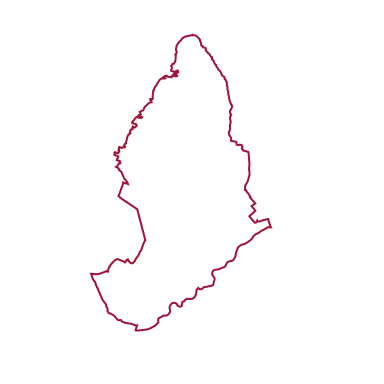 Turcinesti, Gorj, Romania (orthographic projection), rotated 19°
{"feature_id": "2599482B27563461081915", "entity_name": "Turcinesti", "entity_type": "district", "adm_level": 2, "iso_a3": "ROU", "parent_name": "Romania", "parent_adm1": "Gorj", "projection": "orthographic", "projection_center": [23.294, 45.122], "detail": "fine", "context": "isolated", "style": "outline", "palette": "rose", "viewbox_px": 384, "rotation_deg": 19, "n_neighbors": 0, "source": "geoboundaries", "source_scale": "gbopen_adm2", "svg_char_len": 6016}
<svg xmlns="http://www.w3.org/2000/svg" viewBox="0 0 384 384"><g transform="rotate(19 192 192)"><path d="M242.2,273.4L241.9,268.3L241.7,266.9L241.2,265.9L237.8,263.4L237.5,262.0L237.5,261.0L237.5,260.2L237.9,259.2L238.9,258.2L240.8,257.3L242.5,256.2L247.3,252.1L247.6,251.4L247.9,249.7L248.1,247.5L248.4,246.9L249.4,245.8L252.6,243.7L253.0,243.2L253.4,242.2L253.9,239.8L253.9,238.4L253.4,235.0L253.5,230.3L253.6,229.3L255.1,226.8L256.0,225.7L257.9,224.6L259.2,223.5L262.5,219.3L263.9,216.8L264.6,213.4L265.2,212.4L266.1,211.1L268.7,208.5L269.5,207.1L270.4,205.9L271.8,204.7L275.1,200.7L278.1,199.7L277.6,199.3L276.1,197.2L274.5,195.4L272.9,192.8L272.2,193.0L269.2,195.0L265.6,197.8L264.1,198.3L263.5,198.2L263.0,197.7L262.9,199.3L262.5,199.9L261.6,200.6L258.4,198.9L254.1,196.2L258.1,189.1L252.9,185.9L255.6,182.3L248.5,178.1L248.8,177.5L244.6,174.4L243.1,173.6L242.3,172.6L241.7,172.9L241.2,172.6L240.8,170.8L240.4,169.5L240.4,168.6L240.3,168.2L240.9,165.6L241.2,163.8L241.0,160.2L240.7,158.8L240.9,157.5L239.7,154.0L238.5,152.0L237.2,146.8L232.5,136.0L232.3,135.8L226.6,136.0L226.2,135.3L225.3,135.1L224.9,134.7L224.8,133.6L225.1,133.1L225.1,132.7L224.3,131.9L223.6,131.5L222.6,131.7L221.9,131.6L220.6,132.5L218.8,132.7L218.1,131.3L217.8,130.4L216.4,130.3L212.1,130.9L211.8,130.3L211.6,128.8L211.3,128.2L209.8,126.8L208.4,125.9L207.3,123.4L207.6,122.4L207.5,120.0L207.2,119.0L206.4,117.7L205.9,115.7L206.0,113.6L205.6,113.1L205.1,111.7L204.3,111.0L203.6,108.7L204.0,106.3L202.6,105.4L201.6,103.0L201.7,101.6L202.1,100.5L202.1,97.7L201.6,97.1L200.8,96.8L200.5,96.5L198.2,93.8L196.1,90.4L195.6,89.6L195.6,89.2L194.8,88.3L194.1,87.1L193.9,85.6L192.6,84.2L191.8,82.7L191.4,81.3L190.2,79.9L189.6,77.7L189.3,77.1L187.4,75.3L187.1,74.8L186.1,74.5L185.4,72.8L185.0,72.6L183.7,72.5L182.1,71.6L181.7,71.2L181.1,70.3L179.1,68.4L177.0,67.6L176.1,66.6L173.9,65.1L173.5,64.1L171.8,63.4L170.0,61.5L168.5,60.2L167.7,60.1L167.2,58.9L167.3,58.5L167.1,58.0L166.0,57.9L163.1,55.6L162.0,55.6L161.2,54.8L159.0,53.8L158.8,53.4L158.7,52.4L158.1,51.6L157.3,51.3L155.3,51.6L154.6,50.6L153.7,50.6L153.0,50.3L152.5,49.4L152.1,48.3L151.0,46.9L150.4,46.6L150.0,45.5L148.2,44.3L146.7,43.6L144.4,42.9L143.6,42.9L141.9,43.5L141.2,43.1L140.7,43.8L135.1,47.2L133.0,49.5L132.0,52.6L130.9,54.3L130.7,55.6L130.1,56.5L130.1,57.9L129.8,58.7L129.9,59.5L130.2,61.0L130.4,62.7L131.8,64.2L132.2,65.8L131.4,67.3L132.0,67.7L132.2,68.2L133.4,72.5L133.6,74.0L133.5,75.3L133.1,76.1L133.1,76.6L131.8,77.3L131.7,77.5L131.7,78.5L131.2,79.6L132.4,80.6L132.7,81.7L132.5,82.9L132.8,84.2L134.4,84.2L135.2,84.0L136.5,84.1L137.3,83.5L137.8,82.5L138.8,81.8L139.1,81.8L139.4,82.8L139.9,83.1L139.7,83.5L139.0,83.7L138.8,85.0L136.8,85.6L136.2,86.2L136.2,86.7L136.7,86.9L140.1,86.8L140.2,87.2L139.1,87.9L135.4,88.5L135.4,90.1L131.0,91.0L130.2,90.3L129.8,90.8L128.8,91.0L127.5,92.8L129.7,93.3L129.6,93.5L127.9,93.9L125.9,95.0L125.4,95.7L124.8,96.9L124.5,98.3L123.9,100.3L123.7,102.4L122.7,105.2L122.7,108.7L122.3,109.0L122.6,109.4L122.9,111.2L123.6,114.2L124.1,115.2L124.5,116.7L124.2,117.2L122.4,117.5L122.2,117.7L122.2,118.1L122.6,118.6L123.3,118.5L124.3,119.7L124.6,120.2L122.7,121.4L122.2,122.1L119.6,127.0L119.4,128.0L119.4,130.3L119.0,131.0L117.7,131.8L117.3,132.7L116.5,133.3L118.4,135.5L116.8,136.4L116.2,137.4L116.3,137.7L117.1,138.0L119.3,137.6L120.4,137.6L120.0,138.5L119.5,138.9L118.6,139.1L116.9,138.7L116.2,139.2L115.5,139.2L114.9,139.5L113.9,141.8L113.6,143.5L113.1,144.2L113.0,145.0L112.7,145.6L112.7,146.1L112.9,146.2L117.3,146.2L117.9,146.9L118.1,147.8L117.5,148.4L116.8,149.8L114.8,149.4L114.7,151.2L115.3,151.9L114.4,152.1L113.7,153.7L113.6,154.5L114.0,154.8L113.7,156.0L113.8,156.3L114.6,156.6L113.7,158.3L113.2,158.5L112.9,161.3L113.3,163.7L113.4,166.8L113.7,167.4L112.8,168.8L112.6,169.5L112.6,169.8L113.9,171.0L114.0,171.5L113.7,171.9L112.9,171.7L112.3,171.8L111.4,173.2L108.6,173.1L108.6,174.0L109.1,173.9L108.9,176.5L109.7,176.6L110.0,177.1L109.7,177.9L109.7,179.2L109.4,179.4L106.2,179.4L106.0,179.5L105.9,179.8L106.5,180.3L106.3,181.8L106.5,182.2L109.4,182.2L110.7,182.4L110.6,184.6L110.4,185.3L110.5,186.4L113.6,186.2L113.7,186.4L113.8,187.2L114.7,187.5L114.8,188.1L113.5,189.0L113.2,190.6L112.8,191.6L112.7,192.6L112.2,193.0L114.8,193.5L115.4,194.1L115.6,194.9L117.4,195.4L118.8,196.2L119.9,197.2L120.9,198.5L123.6,201.3L127.5,203.7L128.8,205.3L126.3,205.3L125.9,205.5L123.8,205.3L124.1,206.8L124.1,209.1L124.0,216.6L123.8,219.9L129.3,221.7L145.8,226.1L163.6,252.8L163.2,253.9L162.9,256.9L162.9,263.9L162.2,265.3L162.1,268.0L161.5,271.2L160.9,272.2L160.4,275.9L159.3,278.4L158.5,279.0L157.4,279.2L154.2,277.8L153.7,276.6L153.3,276.5L153.0,276.7L152.3,277.7L151.6,280.4L149.6,279.9L143.2,279.7L141.8,281.0L140.0,284.1L139.2,286.4L138.8,286.8L138.5,289.2L138.1,289.5L138.1,292.9L138.6,294.1L138.6,294.7L136.7,294.7L136.0,295.6L133.6,297.4L131.4,299.3L128.6,300.8L123.2,302.2L125.2,304.6L126.1,306.0L128.2,307.9L129.4,308.4L130.5,309.5L131.5,311.3L132.5,312.1L133.2,313.2L133.8,313.3L135.8,315.8L138.0,318.1L138.4,318.8L140.5,320.6L140.8,321.5L142.5,322.9L143.0,323.6L143.9,323.9L145.5,325.2L147.5,326.4L148.1,328.1L149.0,328.7L149.7,329.4L150.5,330.7L150.8,332.0L152.3,333.4L153.5,333.6L154.3,333.4L158.5,334.2L163.2,337.0L163.8,337.1L164.6,337.0L166.6,336.2L168.0,337.3L172.1,337.4L177.3,336.4L182.7,336.5L183.4,336.0L183.7,341.1L184.2,341.1L187.4,340.0L194.7,336.4L197.6,333.8L200.1,331.1L201.4,329.0L202.6,326.4L202.5,325.7L201.5,323.9L201.6,322.7L202.0,321.7L203.7,320.2L204.6,318.8L205.2,318.2L207.7,317.3L208.7,316.7L209.7,314.9L210.3,312.3L209.9,311.3L208.7,309.4L208.2,307.8L208.2,307.0L208.4,305.6L209.4,303.7L210.8,302.7L212.4,302.4L213.9,302.6L214.3,303.3L215.4,304.1L216.4,304.4L217.7,304.4L219.0,303.7L219.4,303.0L218.7,298.9L220.3,297.7L220.7,296.0L221.9,294.6L225.3,293.7L226.5,293.2L227.6,292.3L228.6,290.8L229.0,289.2L229.0,287.1L228.9,285.7L228.3,284.4L228.3,284.0L228.6,281.9L229.1,280.6L230.4,281.4L231.3,281.4L232.1,281.0L233.3,280.0L234.1,278.2L237.5,276.4L242.2,273.4Z" fill="none" stroke="#9f1239" stroke-width="2"/></g></svg>